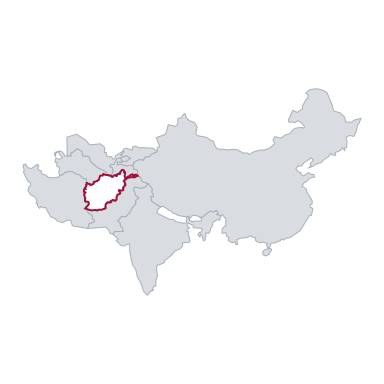 Afghanistan and the surrounding countries
{"feature_id": "AFG", "entity_name": "Afghanistan", "entity_type": "country or territory", "adm_level": 0, "iso_a3": "AFG", "parent_name": "Asia", "parent_adm1": "", "projection": "mercator", "projection_center": [67.565, 33.924], "detail": "fine", "context": "with_neighbors", "style": "outline", "palette": "rose", "viewbox_px": 384, "rotation_deg": 0, "n_neighbors": 8, "source": "natural_earth", "source_scale": "50m", "svg_char_len": 12390}
<svg xmlns="http://www.w3.org/2000/svg" viewBox="0 0 384 384"><path d="M67.1,156.0L67.0,137.2L76.5,134.1L86.0,140.3L89.6,144.9L100.3,143.8L104.8,147.5L104.5,152.6L106.3,152.6L107.1,156.7L111.8,156.8L112.8,159.2L114.2,159.1L115.8,155.6L122.8,151.2L124.0,151.7L120.8,154.9L123.6,156.8L126.2,155.6L130.6,158.2L125.9,161.7L121.5,161.3L121.0,160.0L121.7,157.7L116.8,158.8L113.8,164.6L110.7,164.4L109.8,166.5L112.5,167.7L113.3,171.2L111.2,176.0L106.3,174.9L106.4,172.1L97.6,167.7L90.9,162.1L89.1,157.1L87.9,156.2L83.8,156.4L82.4,155.4L82.0,151.4L77.0,148.8L73.9,151.7L70.7,153.4L71.3,155.9L67.1,156.0Z" fill="#d9dde1" stroke="#a8b0b8" stroke-width="1"/><path d="M220.8,215.3L221.1,216.9L219.8,217.6L220.1,220.2L217.5,219.5L212.7,222.3L212.8,224.7L210.7,228.2L210.5,230.2L208.9,233.5L206.0,232.6L205.8,236.8L205.0,238.2L205.4,239.9L203.5,240.8L201.6,234.4L200.6,234.4L199.9,237.0L197.9,234.9L199.1,232.6L200.7,232.4L202.4,228.9L200.3,228.2L193.3,227.7L193.0,224.9L191.2,224.7L188.3,222.9L187.0,225.7L189.6,227.9L187.3,229.4L186.5,230.9L188.8,232.0L188.1,234.4L189.4,237.5L190.0,240.8L189.5,242.2L182.4,243.0L182.6,246.0L180.6,248.4L175.2,251.0L171.1,255.6L164.6,260.7L164.6,262.4L159.4,264.8L157.6,265.0L156.5,267.9L157.5,276.1L155.9,279.7L155.9,286.1L154.0,286.3L152.3,289.2L153.4,290.4L150.0,291.5L148.8,294.1L147.3,295.1L143.8,291.6L140.6,282.5L137.4,277.1L135.8,269.9L132.4,264.6L129.8,252.1L129.8,247.3L129.0,243.6L123.6,246.0L121.0,245.5L116.2,240.6L118.0,239.2L116.9,237.6L112.5,234.2L115.0,231.5L123.1,231.5L122.4,228.0L120.3,225.9L119.9,222.7L117.5,220.8L121.6,216.4L125.9,216.7L129.8,212.3L132.1,208.0L135.7,203.6L135.6,200.5L138.8,198.0L135.8,195.8L133.2,188.9L135.0,187.0L140.7,188.1L144.8,187.4L148.4,183.6L152.4,188.9L152.0,192.5L153.5,194.8L153.4,197.1L150.7,196.5L151.8,201.3L160.6,207.1L158.2,209.0L156.8,213.0L168.7,219.0L173.8,219.6L176.0,221.7L183.3,223.1L186.4,223.0L186.6,216.9L188.9,216.0L189.3,220.2L192.7,221.7L195.0,221.1L201.2,221.2L201.4,218.7L199.9,217.3L202.9,216.8L206.3,213.7L210.6,211.0L213.7,212.0L216.3,210.2L218.1,212.9L216.8,214.6L220.8,215.3Z" fill="#d9dde1" stroke="#a8b0b8" stroke-width="1"/><path d="M148.4,183.6L144.8,187.4L140.7,188.1L135.0,187.0L133.2,188.9L135.8,195.8L138.8,198.0L135.6,200.5L135.7,203.6L132.1,208.0L129.8,212.3L125.9,216.7L121.6,216.4L117.5,220.8L119.9,222.7L120.3,225.9L122.4,228.0L123.1,231.5L115.0,231.5L112.5,234.2L109.8,233.1L108.7,230.2L105.8,227.1L87.7,228.5L89.1,223.7L94.4,221.6L94.1,219.7L92.3,219.0L92.2,215.3L88.7,213.4L85.4,208.6L91.6,210.8L95.3,210.1L97.5,210.7L98.3,209.8L100.9,210.1L105.7,208.4L105.8,204.7L107.9,202.2L110.7,202.2L111.1,201.0L113.9,200.5L115.3,200.9L116.7,199.6L116.5,197.0L118.1,194.3L120.5,193.2L119.0,190.2L122.5,190.4L123.6,188.8L123.4,187.0L125.3,185.1L124.0,180.9L126.1,178.9L138.4,176.0L141.2,178.2L142.3,181.7L148.4,183.6Z" fill="#d9dde1" stroke="#a8b0b8" stroke-width="1"/><path d="M111.2,176.0L113.3,171.2L112.5,167.7L109.8,166.5L110.7,164.4L113.8,164.6L116.8,158.8L121.7,157.7L121.0,160.0L121.5,161.3L123.0,161.2L121.7,162.7L117.6,161.9L117.3,164.7L121.3,164.3L125.9,165.9L132.9,165.1L133.9,169.6L135.1,169.1L137.4,170.2L137.8,174.7L131.4,174.3L129.1,176.4L126.1,177.9L124.7,176.3L125.0,172.4L123.9,172.2L124.3,170.7L122.3,169.6L120.7,171.3L119.7,173.9L117.5,173.8L116.3,175.9L115.0,175.0L112.3,176.5L111.2,176.0Z" fill="#d9dde1" stroke="#a8b0b8" stroke-width="1"/><path d="M122.8,151.2L123.7,149.0L126.1,148.3L132.2,150.0L132.8,147.0L134.9,146.0L140.2,148.1L141.6,147.6L153.3,148.2L155.1,150.0L157.4,150.8L156.9,151.9L151.0,154.6L149.7,156.6L144.9,157.2L143.5,160.3L139.6,159.6L137.0,160.6L133.5,162.9L134.0,164.0L132.9,165.1L125.9,165.9L121.3,164.3L117.3,164.7L117.6,161.9L121.7,162.7L123.0,161.2L125.9,161.7L130.6,158.2L126.2,155.6L123.6,156.8L120.8,154.9L124.0,151.7L122.8,151.2Z" fill="#d9dde1" stroke="#a8b0b8" stroke-width="1"/><path d="M54.2,153.6L55.9,152.0L60.1,150.9L62.6,152.3L65.2,156.2L71.3,155.9L70.7,153.4L73.9,151.7L77.0,148.8L82.0,151.4L82.4,155.4L83.8,156.4L87.9,156.2L89.1,157.1L90.9,162.1L97.6,167.7L106.4,172.1L106.3,174.9L103.5,173.5L102.9,175.2L99.7,176.1L99.0,179.8L96.9,181.2L94.0,181.9L93.2,184.0L90.4,184.6L86.6,182.9L86.3,179.0L83.5,178.8L79.3,174.7L76.3,174.2L72.2,171.8L69.5,171.4L67.9,172.3L65.4,172.1L62.8,174.8L59.5,175.7L58.8,172.4L59.4,167.4L56.5,165.8L57.4,162.5L54.9,162.2L55.8,158.1L59.3,159.3L62.5,157.7L59.8,154.8L58.8,151.9L55.8,153.2L55.4,156.8L54.2,153.6Z" fill="#d9dde1" stroke="#a8b0b8" stroke-width="1"/><path d="M39.6,208.2L37.6,205.9L37.5,203.6L36.3,203.6L36.9,200.5L35.0,197.1L30.5,194.7L27.9,190.5L28.8,187.0L30.6,185.4L30.4,182.7L27.9,181.4L23.5,172.1L24.2,170.6L23.0,165.1L25.6,163.8L26.2,165.6L28.1,167.8L30.6,168.4L31.9,168.3L36.3,164.8L37.7,164.4L38.8,165.8L37.5,168.2L39.9,170.7L40.8,170.4L42.0,173.9L45.5,174.9L48.1,177.2L53.3,178.0L59.2,176.8L59.5,175.7L62.8,174.8L65.4,172.1L67.9,172.3L69.5,171.4L72.2,171.8L76.3,174.2L79.3,174.7L83.5,178.8L86.3,179.0L86.6,182.9L84.1,191.8L85.7,192.4L84.1,194.9L85.6,201.2L88.4,201.9L88.7,204.7L85.4,208.6L88.7,213.4L92.2,215.3L92.3,219.0L94.1,219.7L94.4,221.6L89.1,223.7L87.7,228.5L72.4,225.8L70.8,220.7L69.1,220.0L66.2,220.7L62.5,222.7L57.9,221.3L54.2,218.1L50.6,216.9L45.4,207.2L43.4,207.9L41.0,206.5L39.6,208.2Z" fill="#d9dde1" stroke="#a8b0b8" stroke-width="1"/><path d="M266.0,256.0L262.9,254.8L262.8,251.5L264.7,249.7L268.7,248.6L270.9,248.7L271.7,250.2L270.1,251.9L269.2,254.2L266.0,256.0ZM157.4,150.8L157.1,147.9L159.7,146.6L156.3,137.6L165.6,134.3L168.3,124.7L175.6,126.4L177.7,124.0L177.9,118.4L181.0,117.9L183.8,114.1L185.2,113.7L186.2,117.6L189.3,120.6L194.7,122.6L197.2,127.1L195.8,133.3L197.1,135.6L206.5,137.3L211.0,140.5L213.3,141.1L215.0,145.9L217.2,148.9L229.0,149.9L233.9,149.2L237.6,149.9L243.1,153.0L247.6,153.0L249.2,154.5L253.6,151.9L259.6,150.1L265.1,149.9L269.5,148.1L274.7,143.7L273.0,140.0L274.9,136.6L280.8,138.2L284.5,135.4L290.2,133.3L292.9,129.8L295.5,128.2L300.9,127.5L303.9,128.1L304.3,126.2L300.9,122.4L297.9,120.6L295.1,122.6L291.4,121.8L289.3,122.5L288.3,120.2L292.8,110.3L297.2,112.4L302.5,108.8L302.4,106.2L305.8,99.9L307.9,98.0L307.8,94.7L305.8,93.2L308.8,90.1L313.5,89.0L318.4,88.9L323.9,90.7L327.2,93.0L332.2,105.3L333.6,111.0L340.0,112.8L344.4,116.9L345.9,122.1L351.6,122.1L354.8,119.9L361.0,118.3L359.0,123.3L357.6,125.3L356.3,131.2L353.8,136.4L349.3,135.5L346.1,137.3L347.1,141.8L346.5,147.8L344.6,148.0L344.7,150.6L342.3,147.6L340.8,150.4L335.0,152.6L335.6,155.2L332.4,155.0L330.6,153.5L328.1,157.0L324.0,159.6L321.0,162.7L315.8,164.1L313.0,166.4L309.0,167.7L311.0,165.5L310.2,163.6L313.2,160.3L311.2,157.8L303.8,162.9L301.5,166.0L297.8,166.2L295.9,168.5L297.9,171.7L300.9,172.4L301.1,174.5L304.0,175.9L308.2,172.6L311.5,174.4L313.9,174.5L314.5,177.0L309.2,178.3L307.5,180.7L303.9,183.0L302.0,186.2L306.0,188.7L307.4,193.1L312.2,200.5L312.1,203.8L309.8,205.0L310.7,207.3L312.9,208.6L311.4,215.4L309.3,215.8L300.1,230.7L289.8,237.8L285.6,238.3L283.4,240.1L282.1,238.8L280.0,240.8L274.8,242.8L270.9,243.4L269.6,247.6L267.5,247.8L266.6,245.0L267.4,243.4L262.5,242.1L260.7,242.8L257.0,241.7L255.2,240.1L255.8,237.8L252.4,237.1L250.6,235.5L247.4,237.7L240.8,238.1L236.9,239.7L237.5,244.3L235.5,244.2L235.0,241.6L232.3,242.8L228.0,240.5L229.0,237.2L226.7,236.4L225.8,232.7L221.9,233.3L222.3,228.5L225.8,225.1L225.9,218.4L224.3,217.4L223.0,215.0L220.8,215.3L216.8,214.6L218.1,212.9L216.3,210.2L213.7,212.0L210.6,211.0L206.3,213.7L202.9,216.8L199.9,217.3L198.3,216.2L193.7,215.1L191.7,216.2L189.2,219.3L188.9,216.0L186.6,216.9L178.1,215.5L175.1,213.7L172.2,212.8L170.9,210.8L168.8,210.2L165.1,207.4L162.1,206.1L160.6,207.1L151.8,201.3L150.7,196.5L153.4,197.1L153.5,194.8L152.0,192.5L152.4,188.9L148.4,183.6L142.3,181.7L141.2,178.2L138.4,176.0L137.8,174.7L137.4,170.2L135.1,169.1L133.9,169.6L132.9,165.1L134.0,164.0L133.5,162.9L137.0,160.6L139.6,159.6L143.5,160.3L144.9,157.2L149.7,156.6L151.0,154.6L156.9,151.9L157.4,150.8Z" fill="#d9dde1" stroke="#a8b0b8" stroke-width="1"/><path d="M106.3,175.0L107.5,174.9L108.4,175.1L108.8,175.5L109.3,175.7L109.8,175.4L110.0,175.4L110.2,175.5L110.4,175.6L110.7,175.6L110.9,175.7L110.9,175.8L111.0,176.0L111.2,176.3L111.7,176.8L112.1,176.9L112.6,176.5L112.8,176.6L113.0,176.2L113.3,176.0L113.9,175.8L114.2,175.6L114.3,175.4L114.5,175.4L114.9,175.4L115.0,175.2L115.4,175.1L115.7,175.4L116.2,175.9L116.5,176.1L116.9,175.9L117.1,175.7L117.2,175.3L117.0,174.8L117.1,174.4L117.4,174.1L117.9,173.9L118.6,173.8L119.0,173.8L119.2,174.0L119.4,174.1L119.7,174.1L120.0,173.9L120.2,173.5L120.2,173.1L120.0,172.5L120.1,172.3L120.2,172.2L120.4,172.0L120.8,171.6L121.2,171.0L121.6,170.4L122.0,170.0L122.5,169.8L123.2,170.0L123.9,170.5L124.2,171.1L124.0,171.9L124.0,172.3L124.4,172.4L124.8,172.3L125.0,172.3L125.1,172.6L125.0,172.9L124.9,173.8L124.8,174.6L124.7,175.4L124.6,176.0L124.7,176.6L125.0,177.4L125.2,177.9L125.5,178.0L126.0,178.1L126.5,177.7L127.3,177.1L128.0,176.7L129.1,176.5L129.5,175.8L130.0,175.4L131.2,174.7L131.8,174.5L132.2,174.4L132.7,174.6L132.8,174.6L133.1,174.7L133.1,174.9L133.1,175.1L132.8,175.3L132.9,175.5L133.2,175.6L133.9,175.3L134.4,175.2L134.8,175.1L134.9,174.9L135.1,174.7L135.4,174.7L135.8,174.8L136.1,174.9L136.6,174.8L136.9,175.0L137.2,175.3L137.4,175.5L137.5,175.6L137.3,175.6L137.0,175.5L136.9,175.3L136.6,175.4L136.2,175.5L135.5,175.9L135.5,176.0L136.0,176.4L136.1,176.5L135.7,176.7L134.9,177.1L134.3,177.4L134.1,177.5L133.8,177.3L133.3,177.2L133.1,177.2L131.9,177.2L130.9,177.2L130.4,177.3L129.6,177.4L129.0,177.4L128.7,177.6L128.3,177.7L127.9,177.8L127.6,177.9L127.3,178.0L127.1,178.3L126.4,178.8L126.0,179.0L125.9,179.3L125.7,179.3L125.3,179.2L125.0,179.5L124.7,179.9L124.1,180.5L123.9,180.7L123.7,181.1L123.8,181.3L124.3,181.5L124.5,181.8L124.6,182.0L124.8,182.6L124.9,183.1L125.1,183.3L125.2,183.7L125.2,184.0L125.0,184.3L125.0,184.5L125.2,184.9L125.3,185.0L125.2,185.1L125.0,185.4L124.9,185.6L124.7,186.0L124.3,186.2L124.1,186.4L123.8,186.8L123.4,187.3L123.2,187.6L123.0,187.8L122.9,188.0L123.1,188.4L123.3,188.7L123.3,189.1L123.3,189.4L123.3,189.8L123.2,190.1L122.4,190.4L121.7,190.5L120.8,190.6L120.5,190.5L120.2,190.4L119.3,190.1L118.9,190.3L118.8,190.8L119.5,191.6L119.8,192.0L120.1,192.8L120.3,193.2L120.2,193.5L119.6,193.9L119.0,194.3L118.2,194.4L117.7,194.5L117.4,194.7L117.2,195.5L117.1,195.8L117.1,196.2L116.9,196.6L116.6,196.9L116.5,197.3L116.5,198.1L116.6,199.5L116.2,199.9L115.9,200.3L115.5,200.7L115.1,200.8L114.7,200.7L114.3,200.3L114.1,200.1L113.8,200.1L113.5,200.3L113.0,200.2L112.6,200.0L112.4,200.1L111.9,200.6L110.9,201.2L110.4,201.2L110.3,201.4L110.3,201.6L110.5,201.8L110.8,201.9L110.9,202.1L110.6,202.2L110.3,202.4L109.8,202.5L109.2,202.6L108.6,202.5L108.2,202.3L107.8,202.2L107.5,202.4L107.1,202.7L106.7,203.4L106.6,203.5L106.3,203.7L105.9,203.9L105.7,204.4L105.5,205.3L105.5,205.7L105.5,206.5L105.5,207.0L105.3,207.4L105.3,207.7L105.6,208.0L105.3,208.4L105.1,208.6L104.3,208.8L103.2,209.2L102.4,209.4L101.4,209.7L101.0,209.8L100.4,209.8L100.0,209.7L99.6,209.7L98.9,209.7L98.4,209.8L98.0,210.0L97.6,210.2L97.4,210.4L97.3,210.5L96.9,210.3L95.4,210.0L91.3,210.4L90.9,210.3L89.5,209.9L87.8,209.3L86.7,208.9L85.2,208.5L86.2,207.3L87.1,206.3L87.9,205.3L88.7,204.3L88.8,203.9L88.8,203.2L88.6,202.3L88.3,201.9L87.1,201.7L86.2,201.6L85.3,201.5L85.2,201.4L85.0,200.7L85.1,200.4L85.0,199.7L85.0,199.3L85.2,198.5L85.2,198.1L84.7,196.6L84.5,195.7L84.2,194.8L84.2,194.5L84.2,194.2L84.8,193.4L85.0,193.2L85.3,192.8L85.5,192.5L85.5,192.4L85.1,192.3L84.5,192.3L84.2,192.2L83.9,191.6L84.1,191.0L83.9,189.9L84.2,189.3L84.5,189.0L85.4,188.9L85.1,188.5L84.9,188.2L84.9,187.9L85.1,187.8L85.2,187.7L85.5,187.5L85.6,187.4L85.7,187.1L85.8,187.0L86.0,186.7L86.1,186.2L86.2,185.8L86.3,185.6L86.4,185.4L86.3,185.1L86.2,184.9L86.2,184.6L86.3,184.5L86.5,184.4L86.6,184.2L86.7,183.9L86.7,183.7L86.9,183.5L86.9,183.3L86.8,183.0L87.1,183.0L87.4,183.3L87.8,183.7L88.1,183.9L88.5,183.9L88.9,183.9L89.3,183.8L89.5,183.8L89.9,184.1L90.3,184.5L90.5,184.7L90.5,185.0L91.0,184.8L91.3,184.7L91.5,184.7L91.8,184.8L92.1,184.7L92.7,184.2L93.2,184.0L93.5,183.8L93.6,183.2L93.7,182.9L93.9,182.7L93.7,182.3L93.7,182.1L93.9,181.9L94.4,181.9L95.2,181.7L95.8,181.4L96.5,181.2L97.0,181.2L97.2,180.9L97.3,180.7L97.7,180.6L98.3,180.2L98.9,179.7L99.1,179.3L99.2,178.7L99.5,177.8L99.8,176.8L99.9,176.4L100.0,176.0L100.5,175.7L101.0,175.5L101.8,175.5L102.7,175.5L102.9,174.9L103.1,174.5L103.2,174.2L103.5,174.0L104.0,174.3L104.8,174.7L105.7,174.9L106.2,175.0L106.3,175.0Z" fill="none" stroke="#9f1239" stroke-width="2"/></svg>